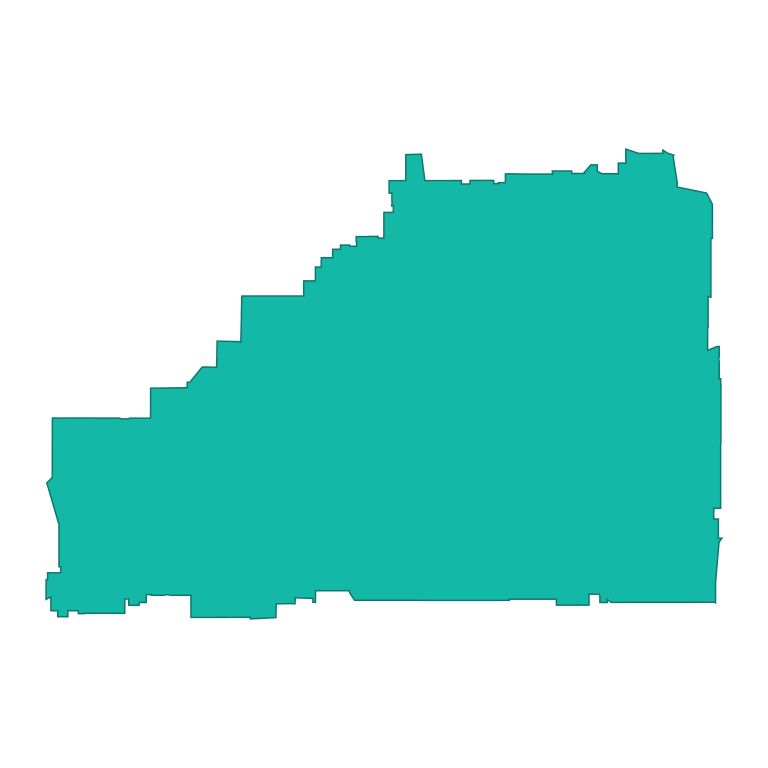 Katanning, Western Australia, Australia (Equal Earth projection)
{"feature_id": "25037944B94110641032660", "entity_name": "Katanning", "entity_type": "district", "adm_level": 2, "iso_a3": "AUS", "parent_name": "Australia", "parent_adm1": "Western Australia", "projection": "equal_earth", "projection_center": [117.615, -33.625], "detail": "fine", "context": "isolated", "style": "filled", "palette": "teal", "viewbox_px": 768, "rotation_deg": 0, "n_neighbors": 0, "source": "geoboundaries", "source_scale": "gbopen_adm2", "svg_char_len": 4151}
<svg xmlns="http://www.w3.org/2000/svg" viewBox="0 0 768 768"><path d="M674.3,602.3L689.0,602.3L699.2,602.2L715.0,602.2L715.5,602.7L715.5,583.8L716.6,570.0L716.9,566.6L719.0,542.3L721.9,538.2L718.4,538.2L718.4,519.0L713.7,519.0L713.7,518.8L713.7,518.7L713.8,508.3L720.6,508.3L720.6,508.0L720.6,473.4L720.6,467.5L720.6,443.8L720.9,443.7L720.9,392.4L720.9,385.4L720.9,384.9L720.7,385.0L720.7,384.9L720.7,378.7L719.2,378.7L719.2,361.3L718.7,359.0L719.2,357.0L719.2,346.5L717.0,346.5L707.6,350.4L707.6,350.1L707.6,327.6L708.1,327.6L708.1,296.3L710.9,297.3L710.9,238.5L710.9,238.3L712.4,238.3L712.4,204.3L706.6,193.1L676.9,187.0L677.4,183.7L673.2,156.9L673.8,155.5L673.9,155.2L667.5,153.1L662.8,150.1L662.8,153.3L652.9,153.4L638.7,153.4L625.8,149.1L625.8,163.1L621.8,163.1L618.3,163.1L618.3,173.7L601.8,173.7L597.3,171.2L597.3,164.9L591.2,164.9L590.8,164.9L583.6,173.2L584.0,173.5L571.7,173.5L571.7,171.0L562.2,171.0L552.2,171.0L552.7,174.1L529.5,174.1L526.1,174.1L512.4,173.9L510.0,173.8L505.4,173.9L505.4,182.6L498.4,182.6L498.4,183.7L493.7,183.7L493.7,180.4L481.8,180.4L470.0,180.5L470.0,184.0L467.4,184.0L461.3,184.0L461.3,180.5L449.7,180.6L449.2,180.6L441.2,180.6L424.8,180.6L423.8,172.6L421.4,154.2L405.8,154.6L405.8,180.6L389.1,180.7L389.1,192.9L389.1,193.1L391.9,193.1L391.9,200.7L392.1,203.1L391.6,205.9L393.3,205.9L393.3,212.4L383.9,212.4L383.9,226.5L383.9,238.1L378.0,238.1L378.0,236.4L368.6,236.4L368.5,236.6L368.4,236.6L356.2,236.6L356.2,241.7L356.7,241.7L356.7,246.3L350.2,246.3L349.7,245.1L340.5,245.1L340.5,249.3L332.7,249.3L332.7,257.7L321.3,257.7L321.2,267.0L315.4,267.0L315.4,280.9L303.7,280.9L303.7,295.7L303.7,296.0L301.0,296.0L298.7,296.0L293.0,296.0L290.2,296.0L287.3,296.0L284.3,296.0L280.7,296.0L278.0,296.0L275.2,296.0L271.7,296.0L267.4,296.0L263.4,296.0L258.4,296.0L254.2,296.0L251.9,296.0L248.9,296.0L245.6,296.0L243.7,296.0L241.8,296.1L241.7,298.8L241.7,303.2L241.6,305.0L241.6,305.5L241.5,309.1L241.5,311.7L241.4,314.9L241.4,318.0L241.3,322.4L241.2,327.2L241.1,331.1L241.0,335.8L241.0,337.0L241.0,337.4L240.9,337.8L240.9,338.2L240.9,338.5L240.9,339.7L240.9,340.8L240.9,341.8L240.8,341.7L217.3,341.1L217.1,341.1L216.9,353.7L217.0,353.9L216.7,361.4L216.6,365.3L216.5,367.3L213.6,367.2L205.3,367.0L204.5,367.0L202.3,367.0L201.8,367.5L189.8,382.3L187.2,382.3L187.2,383.9L187.2,387.7L185.6,387.7L184.0,387.8L176.5,387.9L173.5,387.9L172.0,387.9L171.0,387.9L167.4,388.0L150.6,388.2L150.6,394.7L150.6,397.3L150.6,401.4L150.6,404.9L150.6,411.9L150.5,414.2L150.6,417.0L150.6,417.8L150.6,418.0L148.7,418.2L145.5,418.2L134.0,418.1L130.1,418.2L129.8,418.2L129.7,418.2L129.4,418.3L128.7,418.6L128.3,418.8L128.0,418.9L127.4,418.9L126.1,418.9L123.0,418.9L122.3,419.0L121.9,418.9L121.5,418.9L120.9,418.7L120.3,418.4L119.9,418.2L119.7,418.1L119.4,418.1L119.1,418.1L116.0,418.1L112.5,418.1L110.9,418.1L108.5,418.1L103.7,418.1L100.5,418.1L96.5,418.1L90.7,418.0L86.0,418.0L82.6,418.0L79.5,418.0L72.7,418.0L68.8,418.0L62.3,418.1L52.4,418.0L52.3,447.5L52.3,453.6L52.3,459.4L52.3,477.4L46.8,483.0L48.6,488.9L55.5,512.7L59.0,524.6L59.0,544.9L59.0,566.7L60.7,566.7L60.7,572.8L47.6,572.8L47.6,579.6L46.2,579.6L46.1,579.8L46.1,599.4L50.9,596.9L50.9,597.0L50.9,610.7L57.7,610.7L57.7,616.7L67.9,616.7L67.9,610.7L78.3,610.7L78.3,613.6L83.8,613.7L83.8,613.3L103.4,613.3L124.8,613.3L124.8,599.0L128.7,599.0L128.8,605.3L139.1,605.3L139.1,602.5L146.2,602.5L146.2,594.6L151.4,594.6L151.4,595.3L163.5,595.3L166.5,594.6L171.7,595.3L190.9,595.3L191.0,617.4L212.4,617.4L243.2,617.3L250.3,617.3L250.3,618.9L275.9,617.6L276.2,603.9L284.4,603.7L291.6,603.6L295.0,603.8L295.2,597.8L313.0,598.4L312.9,602.3L315.5,602.4L315.5,590.7L348.8,590.7L348.9,590.9L350.4,593.9L354.6,600.3L377.0,600.3L395.9,600.3L414.9,600.3L434.1,600.4L469.5,600.4L485.7,600.4L496.3,600.4L509.2,600.3L509.2,599.2L509.3,599.2L523.4,599.2L524.4,599.2L529.2,599.2L539.5,599.2L540.9,599.2L548.4,599.2L556.4,599.2L556.4,605.1L577.2,605.1L577.2,604.8L577.9,604.8L577.9,605.1L587.1,605.1L589.0,605.1L589.0,594.2L598.8,594.2L599.9,595.5L599.9,602.5L607.2,602.5L607.2,599.5L611.4,602.4L618.4,602.4L618.6,602.4L636.4,602.3L663.2,602.3L674.3,602.3Z" fill="#14b8a6" stroke="#0f766e" stroke-width="1.5"/></svg>